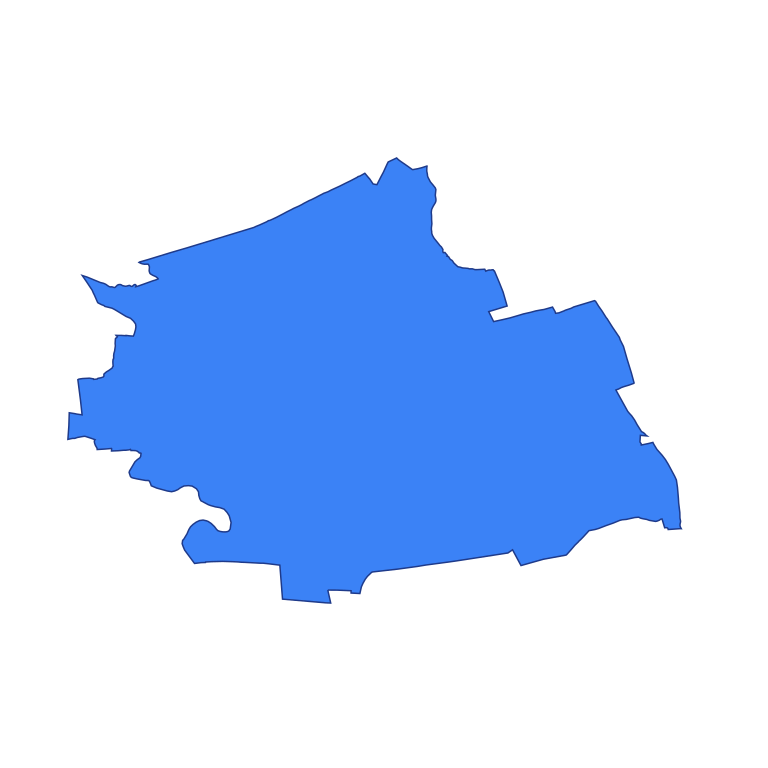 Stolniceni-Prajescu, Iasi, Romania (Equal Earth projection), rotated 187°
{"feature_id": "2599482B99499640370979", "entity_name": "Stolniceni-Prajescu", "entity_type": "district", "adm_level": 2, "iso_a3": "ROU", "parent_name": "Romania", "parent_adm1": "Iasi", "projection": "equal_earth", "projection_center": [26.758, 47.184], "detail": "fine", "context": "isolated", "style": "filled", "palette": "blue", "viewbox_px": 768, "rotation_deg": 187, "n_neighbors": 0, "source": "geoboundaries", "source_scale": "gbopen_adm2", "svg_char_len": 6142}
<svg xmlns="http://www.w3.org/2000/svg" viewBox="0 0 768 768"><g transform="rotate(187 384 384)"><path d="M367.9,605.6L372.6,603.4L376.7,601.8L381.5,600.3L382.2,600.4L387.7,603.4L394.6,607.0L397.2,608.5L399.0,609.9L406.9,604.9L407.8,602.4L410.4,594.2L412.4,589.0L415.3,581.0L419.2,581.2L423.2,585.8L424.7,587.1L427.9,590.1L428.7,590.8L433.2,587.5L435.0,586.7L435.8,585.9L442.0,581.6L446.8,578.5L452.2,574.9L460.0,570.1L463.0,568.0L467.3,565.8L468.2,565.1L471.9,562.6L474.6,560.7L478.7,558.0L480.5,557.0L485.9,553.3L487.4,552.1L490.4,550.1L495.1,547.3L497.2,545.8L501.6,542.9L504.4,540.9L511.1,536.3L517.2,532.5L518.7,532.0L520.1,530.8L527.0,526.6L530.3,524.8L532.3,523.5L596.2,495.1L611.3,488.6L633.7,478.6L641.5,475.3L642.0,474.8L639.9,474.1L638.5,473.8L636.2,473.7L633.6,474.1L632.6,474.1L632.3,473.8L631.9,473.3L631.1,471.7L630.9,467.7L630.5,466.6L629.8,465.3L629.2,464.8L628.1,464.3L626.4,463.6L623.7,462.8L621.9,461.8L621.0,461.0L621.0,460.7L623.8,459.2L625.7,458.4L639.4,451.5L642.2,450.3L642.0,451.1L642.0,451.6L642.6,452.2L643.2,452.4L643.6,452.3L644.1,452.1L645.8,450.2L647.0,450.1L648.3,450.8L648.9,450.8L649.7,450.5L651.1,449.9L652.5,449.5L653.6,449.6L655.6,449.8L656.8,450.4L657.9,450.6L659.2,450.4L660.6,449.7L662.7,447.1L663.5,446.9L665.9,447.3L667.6,447.0L669.0,447.3L672.2,449.0L673.6,449.5L674.9,449.8L678.1,450.2L691.5,453.9L696.7,454.9L691.4,448.9L685.0,441.4L683.7,439.1L682.3,437.0L678.4,430.4L677.8,429.7L674.0,428.3L671.7,427.8L670.5,427.0L663.2,426.1L660.7,425.2L657.5,423.8L648.2,419.6L643.6,418.3L640.3,415.9L637.9,413.3L637.2,410.5L637.3,407.6L638.0,403.2L638.6,401.0L641.8,400.8L645.9,400.8L645.9,400.5L650.9,400.2L655.9,399.6L655.6,399.3L654.9,399.3L654.8,399.0L654.4,398.9L654.4,398.5L655.0,397.4L655.9,396.7L656.1,396.1L655.8,391.4L655.3,389.1L655.4,383.9L655.8,381.4L655.8,379.1L655.5,377.2L655.5,376.0L655.6,375.7L655.9,375.5L655.9,374.3L655.8,372.8L655.2,369.4L654.9,368.9L655.5,367.8L655.7,366.8L658.7,364.0L661.0,362.2L663.0,360.0L663.2,359.6L663.0,357.9L663.1,357.3L663.6,356.7L665.7,355.7L668.5,354.8L669.0,354.5L669.3,354.0L670.4,353.7L672.8,353.2L673.0,353.7L676.9,353.9L678.1,353.7L683.8,352.7L687.4,351.7L688.4,351.0L683.4,331.4L679.9,316.6L684.9,316.7L685.4,316.7L687.2,316.9L692.9,317.1L691.7,304.1L691.0,290.5L687.9,291.6L686.3,292.1L684.4,292.3L681.7,293.6L677.2,295.0L675.0,295.6L674.0,295.6L668.4,294.5L664.0,293.5L664.4,292.9L664.5,292.3L664.5,291.6L664.3,290.8L663.9,289.7L662.9,287.8L661.0,285.3L660.7,284.0L652.7,285.5L646.6,286.8L646.5,286.7L646.3,284.3L639.6,285.4L634.4,286.5L632.2,286.8L628.9,287.6L627.7,288.2L627.0,287.1L626.1,287.3L622.6,287.6L621.2,287.4L619.1,286.4L618.5,285.7L617.1,285.8L616.7,285.6L616.7,282.5L617.3,281.0L619.7,278.8L621.7,276.4L626.0,266.6L626.2,265.1L624.5,261.5L623.8,260.8L623.1,260.4L621.5,260.1L617.5,259.7L608.8,259.2L606.1,259.5L605.0,259.0L603.5,256.5L602.6,254.6L596.9,253.0L586.1,251.4L581.7,251.2L578.7,252.3L575.8,254.0L573.4,256.2L570.1,258.4L565.7,259.3L562.0,259.3L557.4,257.2L555.0,254.4L554.2,250.8L552.9,247.8L551.5,245.8L543.7,242.8L541.1,242.2L536.3,241.5L531.9,241.3L527.5,240.3L524.1,237.4L521.6,234.4L518.9,227.9L519.0,221.3L520.2,219.1L521.5,218.4L523.2,217.9L525.8,217.6L528.7,217.7L531.0,218.2L532.5,219.3L534.9,221.8L538.5,224.5L541.7,226.1L543.6,226.6L547.0,226.9L550.4,226.0L553.6,224.0L556.4,221.4L558.6,218.7L559.8,216.1L560.5,213.9L561.2,211.4L563.8,205.6L564.8,204.3L564.9,200.9L563.5,198.1L561.6,194.8L550.2,182.8L543.8,184.4L539.4,185.1L539.3,185.6L533.2,186.7L522.4,188.3L512.6,189.2L507.4,189.6L504.0,189.7L500.6,190.0L484.6,191.1L482.2,191.4L476.6,191.5L465.3,191.5L458.5,158.1L415.2,159.7L410.2,160.1L414.5,172.1L414.0,172.7L405.4,173.7L391.5,174.8L391.2,172.5L382.4,173.1L381.9,178.2L381.7,180.0L380.6,183.6L378.8,188.0L376.9,191.2L374.6,194.0L373.3,195.6L372.3,196.1L347.2,202.1L328.6,207.0L320.5,209.4L298.5,215.1L290.7,217.2L241.1,231.2L240.5,231.3L236.2,235.1L225.9,220.5L204.4,229.5L182.4,236.4L181.9,236.9L178.4,241.9L174.9,247.2L171.9,250.9L171.2,252.0L170.1,253.2L167.8,256.2L164.2,261.2L162.7,263.4L156.8,265.3L153.5,266.7L146.2,270.6L139.5,273.9L133.3,277.4L130.9,278.3L127.1,279.1L118.9,282.0L115.1,282.8L114.2,282.6L113.4,282.2L112.2,282.0L110.3,281.8L106.7,281.6L104.0,281.0L97.7,280.7L96.2,281.2L94.2,282.3L92.9,283.5L91.6,283.9L87.9,275.5L86.5,275.8L85.2,275.7L84.7,275.3L84.4,274.8L84.2,274.2L72.5,276.5L71.3,276.6L72.3,278.0L72.9,279.3L73.0,279.9L73.1,281.2L72.9,282.6L72.9,284.0L73.9,286.9L74.7,292.4L77.0,301.7L77.9,306.6L80.1,317.1L82.1,324.4L84.2,327.8L92.1,339.0L95.5,343.3L99.3,347.2L105.1,352.3L108.9,357.1L110.0,358.8L114.4,357.1L121.2,354.8L121.4,355.9L122.9,357.7L123.3,364.3L116.6,364.5L118.0,365.3L119.1,366.4L120.0,367.0L121.4,367.7L122.6,368.1L127.9,374.6L130.9,378.8L134.4,382.7L136.9,384.8L138.8,386.6L153.1,406.3L152.1,406.9L150.7,407.5L148.0,409.4L145.4,410.7L140.8,412.7L136.1,415.1L135.9,415.5L139.8,425.1L145.9,438.7L150.9,450.5L154.9,456.5L156.1,459.0L164.2,468.3L170.5,476.0L171.5,476.9L176.4,482.9L180.5,487.4L184.1,491.9L185.2,492.4L205.1,483.6L207.4,482.0L213.1,479.3L214.1,478.6L219.1,475.9L222.3,475.1L223.0,476.7L226.1,480.9L234.2,477.5L238.0,476.4L242.4,475.0L247.3,473.0L254.3,470.5L257.4,469.1L266.9,465.0L274.5,462.2L282.8,459.3L288.9,468.6L271.3,476.4L277.0,489.8L282.0,498.9L288.2,509.7L288.9,509.8L289.4,510.6L290.4,510.6L291.9,510.1L293.8,509.9L295.6,509.1L296.7,508.4L298.0,510.2L305.9,508.8L307.6,508.6L310.4,509.1L313.2,508.7L314.6,509.0L318.0,508.9L319.2,508.8L320.4,508.8L322.3,509.2L325.0,509.4L329.4,512.6L331.1,514.6L331.8,515.1L333.0,515.6L333.8,516.2L335.3,518.1L337.1,518.6L336.7,519.3L339.6,522.0L341.1,521.6L341.7,522.5L341.9,523.7L341.9,524.7L343.7,527.0L345.7,528.5L346.7,529.6L352.0,534.7L353.8,537.1L354.4,538.2L355.0,539.5L355.2,541.0L355.8,543.2L356.0,544.9L356.0,548.8L356.8,553.0L357.3,556.8L358.0,560.1L358.0,562.8L357.6,564.3L356.9,566.3L355.2,570.1L354.9,571.2L354.8,572.2L355.0,573.9L356.0,577.2L356.1,578.0L356.2,583.3L357.0,584.9L357.6,585.5L359.7,587.6L361.9,589.6L362.7,590.4L365.6,594.6L366.2,596.0L366.5,597.5L367.5,600.5L367.8,603.4L367.9,604.9L367.8,605.5L367.9,605.6Z" fill="#3b82f6" stroke="#1e3a8a" stroke-width="1.5"/></g></svg>